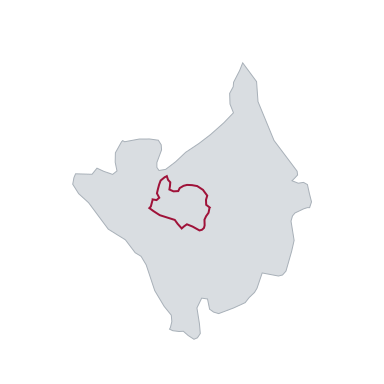 location of Kolašin within Montenegro, rotated 199°
{"feature_id": "MNE-1512", "entity_name": "Kolašin", "entity_type": "Municipality", "adm_level": 1, "iso_a3": "MNE", "parent_name": "Montenegro", "parent_adm1": "", "projection": "albers", "projection_center": [19.443, 42.798], "detail": "fine", "context": "in_parent", "style": "outline", "palette": "rose", "viewbox_px": 384, "rotation_deg": 199, "n_neighbors": 0, "source": "natural_earth", "source_scale": "10m", "svg_char_len": 1913}
<svg xmlns="http://www.w3.org/2000/svg" viewBox="0 0 384 384"><g transform="rotate(199 192 192)"><path d="M168.6,55.0L168.3,57.0L168.9,63.0L171.5,68.8L181.1,74.8L195.1,86.6L211.6,108.2L219.2,114.6L226.0,116.1L239.4,125.1L248.7,127.2L259.1,129.6L286.3,148.2L298.6,153.5L307.3,160.5L308.3,167.1L308.0,171.3L292.3,176.2L289.6,183.6L282.0,182.8L272.8,182.8L269.8,187.5L274.3,195.1L277.2,204.1L275.0,216.4L274.3,218.0L272.0,217.6L259.1,224.9L249.4,228.3L240.7,230.0L236.5,226.6L234.5,221.9L234.8,208.4L233.2,203.8L230.2,201.6L224.3,204.8L217.3,215.3L210.9,227.5L201.2,240.2L193.2,252.3L184.5,267.7L178.6,280.4L184.7,287.5L188.5,297.5L187.3,305.0L188.4,309.3L186.5,322.4L186.1,330.6L166.9,317.4L159.0,298.9L131.2,267.4L99.4,245.9L97.7,242.5L99.5,238.4L101.1,235.2L94.4,234.9L89.7,237.4L85.3,236.6L80.4,228.6L75.8,221.6L75.7,215.5L77.8,214.8L81.0,212.4L87.8,205.7L89.2,202.1L88.9,196.7L79.7,179.5L78.5,168.5L77.4,147.8L79.4,143.0L82.9,140.7L99.3,138.3L99.2,122.2L100.2,117.4L103.6,110.8L105.7,104.7L114.8,96.0L127.2,85.7L132.5,85.5L137.2,86.9L142.5,95.9L148.3,94.8L149.6,84.0L142.1,69.9L138.1,60.9L139.4,55.9L142.2,53.4L148.7,55.0L154.9,57.5L158.8,55.9L165.0,54.6L168.6,55.0Z" fill="#d9dde1" stroke="#a8b0b8" stroke-width="1"/><path d="M170.2,183.1L170.3,182.9L169.6,177.7L170.8,173.7L171.2,169.9L170.0,166.7L169.2,164.6L169.0,161.9L170.3,159.5L172.4,158.1L180.2,159.5L186.3,159.8L188.3,157.0L189.9,154.2L190.2,154.4L195.2,157.2L199.2,160.0L206.8,159.8L214.9,159.6L219.4,160.7L222.6,161.5L227.1,162.9L226.2,164.9L226.7,171.9L226.8,172.2L222.9,172.8L221.1,175.9L222.9,177.6L224.7,179.3L225.1,182.9L225.5,188.3L225.4,192.6L222.7,197.0L221.0,198.8L218.6,195.7L215.7,194.1L214.8,190.6L214.2,187.0L209.7,186.6L205.3,188.4L204.9,191.7L202.0,195.1L199.0,197.1L194.2,198.5L189.0,199.3L182.3,197.6L181.2,196.8L176.4,193.5L176.3,191.0L176.2,189.1L174.4,184.5L170.2,183.1Z" fill="none" stroke="#9f1239" stroke-width="2"/></g></svg>